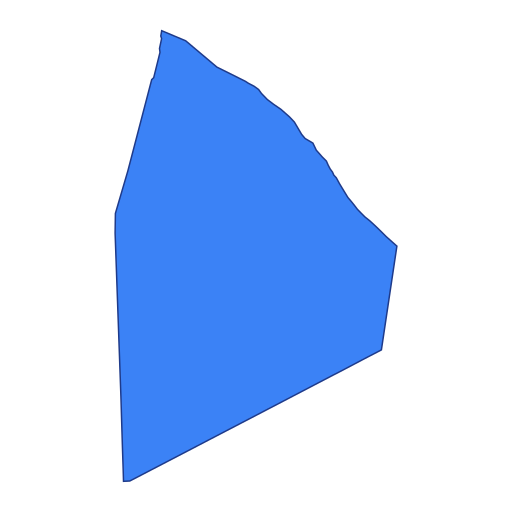 Mubark-Sharq Tafrea, Bur Sa`id, Egypt (orthographic projection)
{"feature_id": "37247803B27460825727162", "entity_name": "Mubark-Sharq Tafrea", "entity_type": "district", "adm_level": 2, "iso_a3": "EGY", "parent_name": "Egypt", "parent_adm1": "Bur Sa`id", "projection": "orthographic", "projection_center": [32.444, 31.075], "detail": "fine", "context": "isolated", "style": "filled", "palette": "blue", "viewbox_px": 512, "rotation_deg": 0, "n_neighbors": 0, "source": "geoboundaries", "source_scale": "gbopen_adm2", "svg_char_len": 861}
<svg xmlns="http://www.w3.org/2000/svg" viewBox="0 0 512 512"><path d="M396.9,246.1L396.5,245.8L386.2,236.6L381.6,232.0L375.3,225.9L370.0,221.0L365.0,217.0L361.2,213.2L357.4,209.3L354.5,205.5L351.3,201.5L347.9,197.5L339.5,183.7L336.3,177.8L333.8,175.1L332.5,172.1L330.2,169.0L328.1,165.0L326.4,161.1L322.2,156.9L316.3,150.2L312.9,143.1L305.1,138.5L301.6,134.3L294.4,122.1L289.5,116.9L280.9,109.3L273.6,104.3L267.3,99.5L261.4,93.4L258.6,89.5L254.2,86.3L248.3,83.2L245.4,81.3L216.9,67.1L185.7,40.8L161.7,30.7L160.8,36.0L161.6,38.6L159.5,48.5L160.0,52.3L153.7,77.7L151.7,79.6L127.8,171.1L115.4,213.4L115.1,233.2L120.9,396.2L122.4,446.1L123.2,470.6L123.5,481.3L129.8,481.0L196.9,446.1L208.0,440.3L208.2,440.2L267.4,409.4L333.5,374.9L336.9,373.2L361.8,360.1L368.3,356.7L381.4,349.9L390.5,288.9L396.9,246.1Z" fill="#3b82f6" stroke="#1e3a8a" stroke-width="1.5"/></svg>